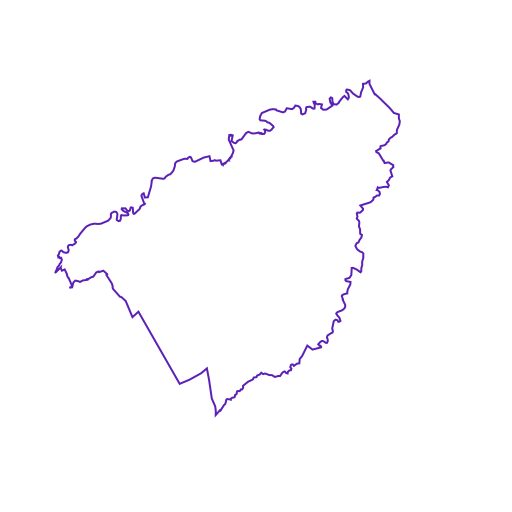 Axochiapan, Morelos, Mexico, rotated 245°
{"feature_id": "50627088B14016232741468", "entity_name": "Axochiapan", "entity_type": "district", "adm_level": 2, "iso_a3": "MEX", "parent_name": "Mexico", "parent_adm1": "Morelos", "projection": "albers", "projection_center": [-98.745, 18.524], "detail": "fine", "context": "isolated", "style": "outline", "palette": "violet", "viewbox_px": 512, "rotation_deg": 245, "n_neighbors": 0, "source": "geoboundaries", "source_scale": "gbopen_adm2", "svg_char_len": 6113}
<svg xmlns="http://www.w3.org/2000/svg" viewBox="0 0 512 512"><g transform="rotate(245 256 256)"><path d="M340.1,76.6L338.2,76.3L338.2,77.4L336.9,77.4L336.7,78.6L334.8,78.5L332.6,76.6L331.7,74.6L330.7,73.6L329.6,71.1L328.9,70.7L325.5,66.7L328.2,74.2L327.8,73.9L324.7,73.9L324.7,76.9L319.4,77.0L318.9,76.6L316.5,76.5L315.7,76.6L315.4,76.9L307.5,76.7L306.0,76.1L306.1,73.4L305.3,76.1L309.1,79.2L310.1,81.8L308.2,84.4L306.8,85.5L307.1,88.4L305.7,93.1L306.4,93.2L306.0,94.2L306.4,98.0L306.0,99.8L308.6,104.2L308.5,106.8L307.7,107.0L307.1,112.1L306.9,111.6L302.6,113.4L302.3,113.4L302.2,112.5L302.0,112.4L292.3,113.7L289.4,113.4L287.7,112.6L286.3,112.6L276.6,115.5L275.4,116.8L270.2,118.9L252.8,118.2L255.2,125.9L172.4,132.8L172.0,143.4L172.9,156.6L174.9,164.0L163.2,161.0L145.5,155.7L137.0,155.5L132.9,154.2L128.9,152.3L131.5,158.3L130.9,158.5L134.5,164.1L134.7,165.2L135.4,166.1L138.3,168.4L138.6,169.2L137.2,171.6L136.4,172.4L137.3,173.0L137.6,174.4L137.1,176.6L137.4,177.3L138.8,178.2L139.1,180.0L141.3,181.6L141.3,182.4L140.4,184.1L141.5,186.0L140.9,186.8L141.5,187.9L142.0,188.7L143.8,189.3L145.4,195.7L145.4,200.7L146.8,202.7L146.0,205.2L147.2,206.6L147.0,209.2L148.0,211.4L146.0,212.4L145.6,214.7L142.5,217.7L141.3,220.1L138.4,222.0L137.8,225.6L137.0,227.0L139.1,230.6L139.4,232.5L139.2,233.3L137.3,233.8L136.2,235.0L137.6,236.0L138.2,238.0L137.7,239.4L139.0,240.5L140.8,240.1L142.3,241.4L142.6,242.7L141.9,243.7L140.4,243.9L141.1,247.7L140.4,249.9L144.2,252.1L145.9,255.6L153.1,264.6L147.3,267.7L145.7,276.4L145.9,276.6L147.5,276.5L148.1,275.5L149.7,275.1L150.8,277.6L151.2,279.6L151.0,280.3L149.7,281.5L147.7,282.6L147.3,283.7L148.7,285.2L150.5,285.8L152.2,285.8L153.7,287.2L154.3,291.3L154.2,292.8L155.2,293.9L158.0,294.4L163.8,298.7L164.4,299.6L164.6,301.4L163.3,302.7L161.6,302.8L161.2,304.1L161.5,305.1L164.7,305.5L167.8,304.6L169.9,304.4L170.5,305.2L170.7,306.6L170.4,311.3L171.1,313.8L171.7,314.8L172.8,315.7L174.1,316.2L179.8,316.1L180.0,316.5L183.4,316.8L184.0,317.3L184.2,319.3L183.5,322.9L184.7,323.4L187.0,325.1L190.2,329.3L191.8,330.3L192.6,330.7L195.1,327.1L196.4,326.8L197.3,327.3L196.7,331.5L198.4,334.3L204.7,337.7L204.2,339.0L201.0,341.7L197.1,343.8L197.5,344.8L200.6,346.4L203.0,348.5L205.8,349.7L209.4,352.8L210.4,353.0L212.6,354.3L213.5,354.2L214.5,353.8L216.1,352.2L219.3,350.5L222.9,350.3L223.6,350.7L225.1,352.8L225.0,354.6L226.6,356.3L228.3,359.4L230.4,360.9L232.1,359.8L236.2,361.6L239.3,361.8L242.6,363.8L244.5,364.1L247.3,363.1L249.0,364.7L252.0,365.3L252.5,366.2L251.4,368.3L251.4,369.1L252.6,372.5L253.6,373.0L257.7,371.9L256.4,381.7L256.5,383.3L257.5,386.2L259.3,387.2L259.2,389.0L259.7,391.1L258.8,393.2L260.0,394.6L262.0,395.0L264.6,393.9L264.8,393.4L266.7,395.4L266.2,395.6L265.6,396.7L264.6,401.1L263.6,403.5L262.5,404.6L263.9,406.3L267.8,405.9L268.6,408.4L270.4,410.7L270.6,413.2L276.8,414.0L277.6,415.2L278.5,418.0L278.9,417.9L280.3,418.8L284.8,415.7L285.9,411.8L288.4,412.0L288.5,411.6L297.2,410.7L299.3,409.0L300.4,409.2L300.9,414.4L302.2,414.7L302.9,415.4L302.1,419.2L302.5,421.3L303.5,422.5L303.9,424.6L305.4,425.6L306.3,427.9L306.4,429.8L307.4,432.5L307.7,435.4L310.7,437.0L314.6,441.5L317.4,443.3L320.2,443.6L323.9,445.3L327.4,441.4L333.7,439.7L346.5,434.9L352.4,432.4L352.4,431.9L364.1,431.6L366.8,432.9L366.7,431.1L365.9,428.6L366.8,425.7L363.6,424.4L359.8,420.3L356.6,418.0L356.3,417.2L357.3,415.5L362.2,412.6L366.5,411.3L368.5,408.8L368.2,407.9L366.7,407.1L364.4,408.1L361.6,407.6L360.0,406.8L359.2,405.4L363.7,403.8L363.1,401.5L360.6,396.5L359.9,395.9L359.2,393.0L360.7,390.7L363.1,390.4L366.9,391.8L368.1,390.9L367.4,389.2L363.9,388.3L360.0,388.8L358.9,381.7L360.2,378.7L362.7,377.5L365.5,379.8L367.0,377.7L367.4,376.0L369.4,374.5L370.8,374.9L371.5,373.3L369.6,373.0L368.5,373.4L364.9,371.3L365.5,369.9L368.5,368.1L369.6,364.7L368.5,363.6L367.3,363.3L364.6,360.9L364.7,357.9L366.0,357.1L370.1,358.7L372.7,358.4L374.2,357.4L375.7,355.3L374.1,352.7L373.9,350.7L376.9,346.3L374.7,343.4L374.7,341.7L374.9,341.0L379.4,336.1L380.3,336.1L381.9,333.5L382.8,330.4L383.1,321.7L380.9,318.8L378.4,317.1L377.1,317.3L374.8,321.3L373.7,322.3L372.3,322.8L371.1,324.4L366.8,326.4L365.4,326.5L363.9,323.3L363.6,321.4L364.7,319.6L365.9,318.8L367.1,317.2L367.1,316.9L365.9,317.1L364.4,316.7L363.2,315.2L363.7,313.5L364.2,312.8L364.2,313.0L365.0,313.0L366.7,310.0L366.9,310.1L367.4,307.4L368.6,304.4L371.8,301.5L371.6,298.9L368.0,292.5L367.8,291.4L368.3,290.7L368.0,287.5L367.6,287.4L366.8,285.2L367.8,283.9L370.5,282.4L375.2,285.9L376.4,284.5L376.8,283.4L375.8,283.5L376.1,282.4L373.1,280.5L361.1,280.3L358.7,278.2L356.7,275.5L356.3,275.7L356.1,274.1L355.7,274.0L355.9,273.7L355.4,272.8L355.1,272.9L354.9,272.6L355.2,272.4L354.6,271.4L354.2,271.5L354.4,271.1L353.3,267.4L352.9,267.4L352.9,266.7L353.4,266.6L353.2,265.4L352.6,264.7L353.5,264.7L353.5,263.7L357.8,264.2L359.3,260.0L360.3,259.1L360.3,257.7L361.2,254.9L366.1,256.0L367.3,250.3L367.2,240.7L367.4,240.1L368.8,238.6L372.9,238.7L373.8,238.1L373.8,236.4L373.0,234.7L374.1,233.0L374.6,230.7L375.1,224.1L374.2,221.9L371.4,220.2L368.2,217.1L366.3,213.0L366.6,210.9L366.0,207.8L365.0,205.9L365.0,204.9L369.6,197.6L369.9,195.9L369.7,195.1L368.1,193.0L367.4,192.9L363.3,190.2L354.9,182.8L356.0,180.0L360.3,180.7L360.3,179.6L359.6,178.1L358.9,177.6L351.5,176.9L350.3,177.4L349.9,176.7L350.1,174.7L349.7,172.3L347.8,170.4L345.6,163.6L346.0,162.9L347.2,162.9L351.8,164.7L352.8,163.5L352.9,162.9L350.5,160.8L350.5,159.6L351.4,158.5L354.4,157.8L355.9,154.6L355.1,154.0L352.8,154.9L348.9,158.0L347.5,157.9L347.1,157.5L347.2,156.6L348.8,152.9L350.0,151.3L349.5,150.5L346.7,149.1L345.4,147.6L345.7,146.2L347.4,145.1L348.0,145.2L352.1,147.9L353.5,148.2L354.6,148.1L355.3,147.7L356.1,146.3L356.1,143.7L355.6,142.4L352.6,140.9L351.7,140.0L350.5,136.8L350.8,129.2L351.8,126.3L353.6,123.2L354.5,119.3L354.5,116.8L354.3,114.5L353.6,112.7L350.5,106.1L348.6,103.1L348.3,101.9L347.8,101.0L347.7,98.9L346.3,98.2L344.7,98.8L343.8,97.6L343.4,93.9L344.4,93.0L344.9,91.1L344.4,89.8L343.5,89.2L340.4,88.7L338.8,87.2L339.1,85.2L340.8,83.1L343.1,82.1L343.3,81.2L342.8,79.7L341.0,78.2L340.1,76.6Z" fill="none" stroke="#5b21b6" stroke-width="2"/></g></svg>